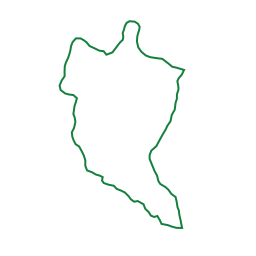 Ipiguá, São Paulo, Brazil, rotated 173°
{"feature_id": "56859067B47156636815188", "entity_name": "Ipiguá", "entity_type": "district", "adm_level": 2, "iso_a3": "BRA", "parent_name": "Brazil", "parent_adm1": "São Paulo", "projection": "orthographic", "projection_center": [-49.406, -20.638], "detail": "fine", "context": "isolated", "style": "outline", "palette": "green", "viewbox_px": 256, "rotation_deg": 173, "n_neighbors": 0, "source": "geoboundaries", "source_scale": "gbopen_adm2", "svg_char_len": 1712}
<svg xmlns="http://www.w3.org/2000/svg" viewBox="0 0 256 256"><g transform="rotate(173 128 128)"><path d="M173.8,90.9L169.0,88.4L165.5,85.7L161.7,84.1L159.1,82.3L160.2,79.1L158.7,76.3L154.5,74.2L149.1,72.4L146.6,68.9L143.0,67.0L139.0,64.4L135.6,60.1L133.8,56.8L130.8,54.1L127.2,54.3L121.9,50.4L120.7,45.7L117.7,42.0L116.0,38.3L112.9,36.5L109.6,37.1L107.7,32.8L106.4,28.7L100.4,26.8L96.5,24.8L92.1,23.0L86.5,22.2L86.8,25.9L87.0,29.6L87.6,35.3L87.6,39.8L88.5,43.4L88.7,49.1L89.2,53.7L93.0,57.3L95.5,61.9L98.0,64.8L102.8,68.5L104.3,71.7L105.0,77.3L106.9,82.1L107.9,85.9L109.1,90.1L110.3,94.7L109.8,98.6L107.6,102.7L102.1,106.5L98.8,111.2L94.6,117.0L91.1,121.5L88.5,125.6L85.0,129.5L83.0,135.6L79.4,140.5L77.7,147.2L75.9,151.1L75.4,155.2L73.1,160.4L73.0,163.9L73.3,168.5L71.6,171.2L68.1,174.4L65.3,178.8L69.4,180.6L72.6,182.0L76.6,183.4L79.4,186.4L82.3,189.3L85.6,192.5L90.5,193.7L94.2,194.7L97.6,195.7L101.6,197.9L105.5,202.1L108.0,206.8L108.6,212.8L107.6,217.8L106.4,220.9L105.0,223.8L104.1,227.0L105.3,230.1L108.3,232.7L113.5,233.8L116.6,232.5L118.7,229.5L120.0,226.2L121.7,222.8L121.5,219.4L122.4,216.2L125.2,214.1L127.5,211.9L131.3,207.9L134.3,204.9L140.5,203.4L142.8,207.2L146.9,208.2L151.7,211.3L156.2,214.1L158.6,218.0L161.4,220.7L164.2,222.7L168.8,223.3L172.5,220.0L174.6,216.1L175.6,212.5L176.9,209.1L178.8,205.0L181.6,200.6L183.2,197.1L184.1,191.6L184.6,187.1L187.9,183.4L190.7,178.5L190.3,174.0L186.1,169.9L182.6,168.5L178.3,167.4L175.1,163.8L176.5,160.2L178.4,156.4L179.4,152.5L180.5,148.6L179.6,144.6L179.5,140.3L181.6,134.5L184.3,130.5L184.3,125.8L183.3,121.9L182.0,118.3L178.8,115.7L176.8,110.7L175.2,106.1L174.3,100.9L175.0,95.8L173.8,90.9Z" fill="none" stroke="#15803d" stroke-width="2"/></g></svg>